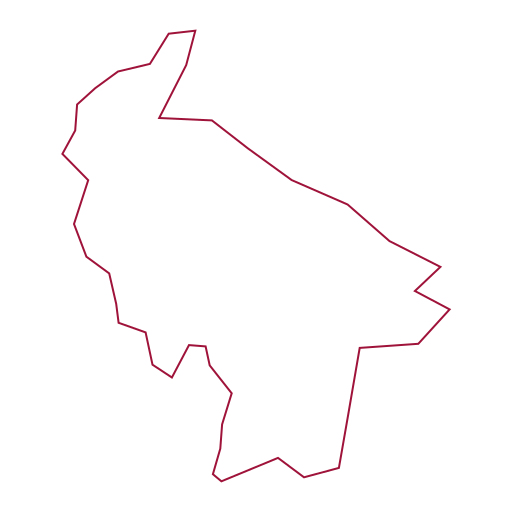 Buvayda, Ferghana, Uzbekistan (Equal Earth projection)
{"feature_id": "79887680B35623710055833", "entity_name": "Buvayda", "entity_type": "district", "adm_level": 2, "iso_a3": "UZB", "parent_name": "Uzbekistan", "parent_adm1": "Ferghana", "projection": "equal_earth", "projection_center": [71.095, 40.647], "detail": "fine", "context": "isolated", "style": "outline", "palette": "rose", "viewbox_px": 512, "rotation_deg": 0, "n_neighbors": 0, "source": "geoboundaries", "source_scale": "gbopen_adm2", "svg_char_len": 618}
<svg xmlns="http://www.w3.org/2000/svg" viewBox="0 0 512 512"><path d="M449.6,309.4L414.9,291.0L440.4,266.9L389.5,241.1L347.6,204.5L291.7,180.1L247.8,148.3L211.9,120.4L159.2,118.0L186.2,65.1L195.3,30.7L168.7,33.7L149.9,63.9L118.0,71.5L95.3,88.1L77.1,104.5L75.2,130.5L62.4,153.9L88.2,180.2L74.0,224.0L86.4,256.7L109.2,273.4L116.2,303.9L118.6,322.8L145.6,332.4L152.5,364.7L171.9,377.5L189.0,345.1L205.6,346.4L209.7,365.4L231.7,393.3L222.1,424.4L220.3,448.6L212.9,474.2L221.4,481.3L278.0,457.9L304.0,477.3L338.9,467.9L347.9,416.4L359.7,347.9L418.3,343.8L449.6,309.4Z" fill="none" stroke="#9f1239" stroke-width="2"/></svg>